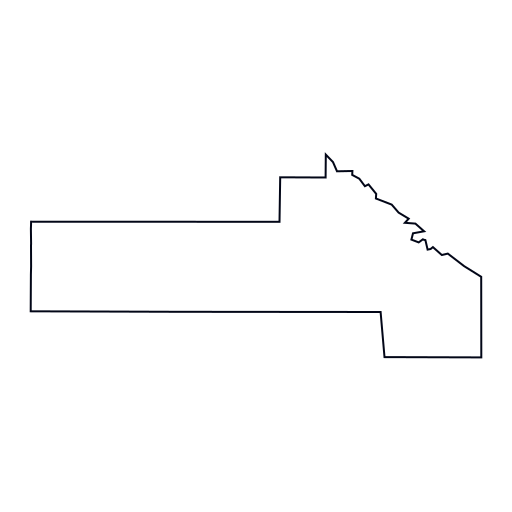 Yellow Medicine, Minnesota, United States of America
{"feature_id": "52423323B81974861469446", "entity_name": "Yellow Medicine", "entity_type": "district", "adm_level": 2, "iso_a3": "USA", "parent_name": "United States of America", "parent_adm1": "Minnesota", "projection": "robinson", "projection_center": [-95.786, 44.739], "detail": "fine", "context": "isolated", "style": "outline", "palette": "ink", "viewbox_px": 512, "rotation_deg": 0, "n_neighbors": 0, "source": "geoboundaries", "source_scale": "gbopen_adm2", "svg_char_len": 727}
<svg xmlns="http://www.w3.org/2000/svg" viewBox="0 0 512 512"><path d="M30.7,311.3L178.8,311.8L380.6,312.0L384.5,357.1L481.3,357.4L481.2,276.8L464.2,266.2L447.8,253.6L441.8,255.0L432.9,247.1L430.6,249.0L427.6,249.6L425.4,240.1L425.2,240.0L424.4,239.9L423.6,239.7L423.1,239.4L422.9,239.3L418.7,242.4L411.4,239.6L413.0,233.3L424.1,231.3L415.4,223.6L404.9,222.8L408.7,218.7L398.6,212.6L391.7,204.6L375.9,198.5L376.2,193.9L368.5,184.4L364.9,186.2L359.3,178.7L352.2,174.9L352.4,171.0L337.0,171.3L333.0,162.1L325.8,154.6L325.6,177.5L280.2,177.3L279.5,221.8L31.1,221.7L31.1,221.8L31.0,225.8L30.9,228.5L30.9,229.5L31.0,236.8L31.1,244.2L31.0,244.9L31.1,266.6L30.9,274.4L30.7,311.3Z" fill="none" stroke="#020617" stroke-width="2"/></svg>